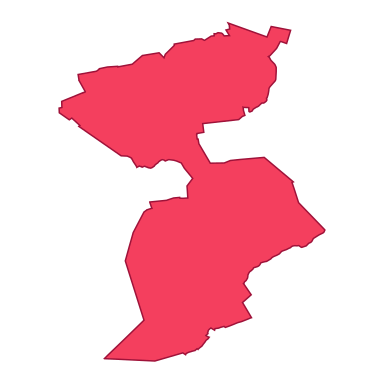 the district of Eersel, Noord-Brabant, Netherlands
{"feature_id": "6326949B60524061283729", "entity_name": "Eersel", "entity_type": "district", "adm_level": 2, "iso_a3": "NLD", "parent_name": "Netherlands", "parent_adm1": "Noord-Brabant", "projection": "natural_earth1", "projection_center": [5.327, 51.393], "detail": "fine", "context": "isolated", "style": "filled", "palette": "rose", "viewbox_px": 384, "rotation_deg": 0, "n_neighbors": 0, "source": "geoboundaries", "source_scale": "gbopen_adm2", "svg_char_len": 5652}
<svg xmlns="http://www.w3.org/2000/svg" viewBox="0 0 384 384"><path d="M104.4,358.6L104.6,358.7L105.2,358.7L117.3,359.2L154.9,361.0L182.8,352.9L185.6,354.7L185.7,354.4L185.8,354.2L186.0,353.8L186.2,353.6L186.6,353.3L186.8,353.3L187.2,352.9L188.2,352.5L188.4,352.4L190.1,351.8L190.5,351.8L190.9,351.7L191.1,351.6L191.5,351.4L192.6,351.1L193.5,350.9L194.9,350.4L195.0,350.5L197.1,348.7L198.0,349.4L198.1,349.2L199.1,348.3L199.8,347.7L201.4,346.5L201.9,346.1L202.3,345.6L203.1,344.4L205.0,342.0L205.4,341.4L205.8,340.7L206.2,340.2L206.8,339.7L207.5,339.3L208.4,338.4L208.9,337.6L209.0,337.3L209.1,337.2L208.0,336.8L207.7,336.6L206.7,336.1L206.1,335.7L205.9,335.5L206.5,334.9L207.3,334.1L207.7,333.9L207.8,333.8L207.9,333.7L208.0,333.3L208.0,333.2L207.6,332.5L207.9,331.8L208.1,331.4L208.2,331.1L208.2,330.8L208.2,330.6L208.6,330.0L209.0,329.6L209.7,328.9L210.9,328.0L214.6,330.2L215.0,328.6L218.7,328.1L220.7,327.3L224.1,326.4L225.3,327.4L229.4,326.0L233.7,324.3L236.8,323.0L237.6,322.7L238.9,322.3L240.5,321.9L241.8,321.5L247.6,319.2L248.6,318.8L249.9,318.2L251.5,317.7L242.5,302.5L251.2,294.8L249.7,292.6L244.5,285.0L243.5,283.5L243.9,283.3L244.0,283.1L244.2,282.9L244.2,282.7L244.3,282.2L244.6,281.8L245.8,280.8L246.2,280.4L246.3,280.2L247.3,278.5L247.5,278.2L247.6,277.8L247.8,276.6L247.9,275.6L247.9,275.0L248.3,274.2L248.6,273.5L249.1,272.6L249.7,271.8L249.8,271.7L250.0,271.5L250.3,271.3L251.2,270.7L252.8,269.2L253.1,268.8L253.4,268.1L253.5,267.9L253.8,267.7L257.4,266.6L258.1,266.3L259.1,265.6L259.4,265.3L260.1,264.3L260.6,263.2L260.8,262.9L261.9,262.5L262.8,262.2L265.3,261.6L266.2,261.5L266.8,261.3L270.3,259.2L270.9,258.8L271.0,258.7L271.2,258.4L271.7,257.9L272.0,257.5L272.3,257.4L273.2,256.8L274.0,256.4L276.9,255.2L278.9,254.1L279.3,253.9L279.5,253.7L281.2,251.8L281.7,251.4L282.0,251.2L282.4,251.0L286.6,249.5L288.1,248.7L289.1,248.2L290.2,247.8L290.4,247.7L290.7,247.5L291.3,246.8L291.4,246.7L292.5,246.1L293.3,245.9L294.4,245.7L295.1,245.7L296.8,245.8L297.1,245.8L298.5,245.6L298.8,245.6L299.0,245.7L299.2,245.8L301.1,247.2L301.4,247.3L301.6,247.3L301.8,247.3L302.2,247.2L306.1,245.9L306.3,245.8L306.4,245.7L308.5,243.5L308.8,243.3L309.0,243.1L310.3,242.6L310.7,242.4L311.4,241.8L311.8,241.4L313.2,238.8L313.3,238.6L313.6,238.4L313.8,238.2L318.7,235.1L319.4,234.7L322.7,233.1L323.1,232.9L323.6,232.4L323.8,232.2L324.1,231.9L324.3,231.3L324.9,230.0L324.4,229.6L324.3,229.3L304.1,208.4L298.6,202.7L298.2,201.5L294.3,189.3L292.0,182.4L293.3,181.9L291.7,180.5L280.1,170.8L264.2,157.4L240.0,159.5L230.4,160.5L224.2,163.0L210.3,163.2L207.0,157.6L198.9,143.8L198.1,139.1L197.2,139.1L196.6,134.6L197.2,133.9L197.0,133.5L203.8,132.3L202.7,123.6L238.7,119.6L242.4,116.4L244.9,115.4L243.5,110.6L243.1,107.2L243.6,107.4L243.9,107.4L248.7,107.6L249.0,111.5L249.9,112.0L250.4,111.7L250.6,111.6L250.9,111.5L251.9,111.2L252.0,111.1L252.5,110.4L253.1,109.3L253.6,109.0L253.7,108.8L254.6,108.3L256.6,107.0L256.8,107.0L257.0,107.0L258.6,106.1L258.8,105.9L259.9,104.8L261.0,103.8L261.3,103.5L261.5,103.3L261.8,103.1L262.1,103.1L262.7,103.0L263.3,103.1L263.9,102.9L264.2,102.8L265.4,101.9L265.6,101.7L266.1,101.3L266.6,100.6L266.7,100.4L266.8,100.1L266.9,99.9L266.6,99.1L266.5,98.2L267.0,97.9L267.1,97.7L268.1,94.5L268.5,92.4L268.8,90.4L268.9,89.2L269.0,88.5L269.3,87.8L269.6,87.3L270.0,86.7L274.9,81.2L275.3,80.7L275.6,79.9L275.7,79.7L275.8,79.1L276.2,71.5L276.2,68.2L276.2,67.6L276.1,67.1L275.9,66.7L275.1,64.9L274.8,64.4L274.4,63.9L271.2,60.6L270.9,60.3L270.7,59.9L269.6,57.9L269.3,57.3L268.8,57.0L268.3,56.6L268.7,56.3L268.9,56.4L269.0,56.4L269.3,56.2L269.9,55.7L270.1,55.5L275.9,49.2L276.6,48.4L280.1,41.8L280.2,41.6L280.4,41.5L280.5,41.5L280.9,41.5L286.6,43.5L290.6,30.3L271.2,26.5L267.0,37.0L233.1,24.8L228.1,23.0L229.0,24.7L229.2,25.1L229.3,25.4L229.5,26.8L229.4,26.8L229.5,27.6L229.7,29.0L226.0,30.0L229.5,35.6L224.2,35.9L222.6,33.9L222.3,33.6L221.4,33.1L218.0,32.7L215.8,33.8L214.1,33.7L214.2,35.8L211.2,36.1L204.6,40.3L204.3,40.3L201.7,38.9L195.2,39.1L193.7,40.5L174.2,44.1L174.2,44.5L174.3,45.4L165.3,54.3L164.0,57.8L159.1,52.8L142.5,55.5L142.4,55.5L134.7,62.1L132.3,64.2L117.8,66.9L117.7,66.3L107.4,67.0L99.3,68.7L99.3,69.1L96.5,71.2L78.1,74.5L79.0,80.2L78.9,80.3L85.3,91.7L85.3,91.8L85.2,91.9L85.1,92.0L82.9,92.9L82.9,92.7L61.7,101.4L61.9,107.5L59.1,108.1L59.3,112.8L69.3,119.8L71.8,118.1L79.9,125.5L78.8,126.4L121.1,155.8L127.3,156.1L130.5,157.5L130.8,157.7L131.2,158.0L131.4,158.4L131.6,158.3L131.8,158.7L131.9,158.9L132.2,159.4L133.2,161.4L133.7,162.2L133.9,162.5L134.9,164.0L136.0,165.6L136.1,165.8L136.4,166.4L136.7,166.9L136.9,167.2L136.9,167.3L138.3,166.6L139.3,166.0L139.5,166.0L140.1,166.4L140.3,166.5L141.3,166.5L141.5,166.6L141.9,167.1L142.1,167.2L142.5,167.0L143.3,166.7L144.0,166.4L144.4,166.3L144.9,166.3L145.2,166.4L145.9,166.8L146.4,166.9L147.2,167.3L147.8,167.3L148.0,167.6L148.5,167.8L149.2,167.8L150.1,168.1L150.5,168.1L151.4,167.9L151.7,167.8L152.1,167.6L152.2,167.4L152.9,167.1L153.2,166.9L153.7,166.4L154.1,166.3L155.2,164.8L155.8,164.4L156.5,163.7L157.4,163.2L157.8,162.9L158.7,161.8L158.9,161.6L159.3,161.3L160.6,160.4L161.9,159.7L162.1,159.7L162.7,159.7L163.8,160.0L164.2,160.2L164.5,160.4L165.2,161.0L167.2,160.2L168.7,159.6L168.8,159.6L173.7,160.2L175.4,160.7L176.5,161.0L181.1,162.9L181.3,163.0L184.4,168.3L192.7,178.4L187.0,186.0L187.3,189.9L187.8,198.0L183.1,198.3L179.9,198.2L179.7,197.4L173.5,198.0L167.1,200.1L166.7,200.3L149.8,202.0L149.9,202.6L150.9,205.5L151.0,205.9L151.7,207.8L151.9,208.3L151.7,208.3L147.0,209.8L146.9,209.8L146.8,210.0L144.0,212.0L133.2,232.6L132.3,235.9L129.1,247.2L125.3,260.9L144.0,320.2L122.6,341.0L107.8,355.2L104.4,358.6Z" fill="#f43f5e" stroke="#9f1239" stroke-width="1.5"/></svg>